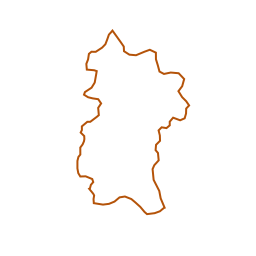 the district of Gumi-si, North Gyeongsang, South Korea, rotated 230°
{"feature_id": "91817680B86853073591153", "entity_name": "Gumi-si", "entity_type": "district", "adm_level": 2, "iso_a3": "KOR", "parent_name": "South Korea", "parent_adm1": "North Gyeongsang", "projection": "natural_earth1", "projection_center": [128.363, 36.205], "detail": "fine", "context": "isolated", "style": "outline", "palette": "amber", "viewbox_px": 256, "rotation_deg": 230, "n_neighbors": 0, "source": "geoboundaries", "source_scale": "gbopen_adm2", "svg_char_len": 1418}
<svg xmlns="http://www.w3.org/2000/svg" viewBox="0 0 256 256"><g transform="rotate(230 128 128)"><path d="M154.9,88.8L150.0,89.3L147.6,87.5L146.1,85.7L144.6,82.7L143.7,78.9L141.9,77.4L138.3,74.4L137.7,71.4L135.3,68.1L129.6,63.3L125.4,60.9L121.5,60.3L118.2,64.5L111.9,67.8L108.9,66.6L108.3,63.0L106.2,60.0L106.4,59.2L99.9,59.1L98.1,58.7L95.7,55.9L92.4,53.5L85.4,59.6L82.1,64.7L80.3,70.4L80.3,76.9L77.5,81.6L71.4,84.9L66.2,85.8L59.7,86.7L53.1,86.7L49.8,87.2L45.6,93.7L43.7,98.9L43.7,104.0L43.4,104.8L53.1,107.8L59.7,111.5L71.8,114.3L80.7,120.4L82.6,124.2L83.5,130.7L89.6,134.9L93.3,134.9L97.1,138.7L97.6,144.3L101.8,147.6L106.5,149.9L106.9,154.2L103.2,157.4L103.2,161.7L106.0,164.0L106.9,169.2L100.4,172.9L99.0,177.6L101.8,181.8L105.5,185.1L106.0,189.3L111.1,189.8L116.8,189.3L123.8,190.3L125.2,196.4L129.4,202.5L137.4,202.0L143.0,196.4L146.3,190.3L151.0,188.4L157.0,191.2L162.7,193.6L167.8,197.8L173.9,195.0L175.8,189.8L178.6,180.9L183.3,176.2L189.4,174.3L193.1,177.1L198.3,177.6L212.6,178.7L212.3,177.1L211.8,173.4L209.0,168.7L206.7,164.5L206.2,159.8L207.1,152.3L209.9,149.0L209.9,145.7L206.2,141.5L203.9,137.3L199.2,134.0L194.0,139.2L191.7,140.6L189.3,137.8L184.2,131.7L182.3,126.0L183.2,118.1L181.8,115.7L177.2,117.2L173.4,120.0L169.2,123.7L164.1,123.2L162.6,118.1L156.6,113.9L156.6,111.1L157.0,103.1L158.9,100.8L158.9,96.6L158.9,93.7L156.1,91.4L154.9,88.8Z" fill="none" stroke="#b45309" stroke-width="2"/></g></svg>